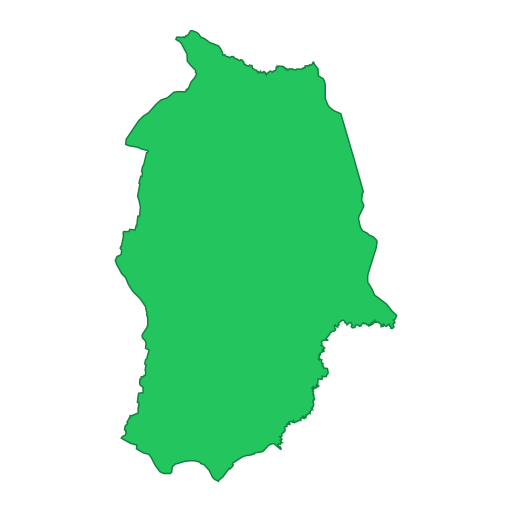 Sikhoraphum, Surin, Thailand (Natural Earth projection)
{"feature_id": "78962969B98513612105596", "entity_name": "Sikhoraphum", "entity_type": "district", "adm_level": 2, "iso_a3": "THA", "parent_name": "Thailand", "parent_adm1": "Surin", "projection": "natural_earth1", "projection_center": [103.804, 14.951], "detail": "fine", "context": "isolated", "style": "filled", "palette": "green", "viewbox_px": 512, "rotation_deg": 0, "n_neighbors": 0, "source": "geoboundaries", "source_scale": "gbopen_adm2", "svg_char_len": 6007}
<svg xmlns="http://www.w3.org/2000/svg" viewBox="0 0 512 512"><path d="M126.2,139.3L125.7,144.5L129.4,145.8L136.8,147.0L142.6,149.3L148.1,150.6L147.5,152.7L146.6,152.7L144.0,163.7L142.2,167.8L141.6,171.6L142.5,172.8L141.9,176.6L140.7,176.3L139.2,182.1L139.1,183.5L139.9,183.9L137.6,196.3L138.9,199.9L140.4,206.7L139.6,215.9L137.8,216.2L136.8,225.6L136.2,225.5L135.1,229.9L129.7,229.4L129.0,231.5L123.5,231.6L123.0,233.9L123.6,234.4L123.2,237.6L121.4,246.4L120.8,246.4L120.2,248.2L121.6,250.2L121.3,253.9L120.3,255.1L117.0,256.6L115.3,260.5L117.0,265.0L121.7,273.6L125.6,277.6L128.3,284.2L131.1,288.9L133.5,292.1L140.1,298.6L145.4,306.3L146.4,311.4L146.9,312.3L146.7,315.2L147.6,317.1L147.8,324.9L146.5,328.3L142.9,333.5L142.1,335.6L142.5,338.0L145.1,340.5L146.1,343.4L145.5,348.3L149.1,349.9L146.6,359.1L145.7,359.6L144.9,362.7L144.9,364.3L146.0,364.8L145.1,370.4L145.6,371.3L145.5,375.2L143.9,375.6L143.6,376.9L141.3,376.7L140.8,379.0L139.9,379.2L139.6,382.7L140.1,385.1L142.9,387.0L143.1,390.9L143.0,392.7L138.8,393.2L138.2,395.2L137.4,402.4L139.2,403.1L138.0,408.6L138.3,412.9L131.3,415.9L130.2,415.5L129.8,418.0L129.3,417.8L129.0,419.0L127.7,420.7L127.0,422.5L127.6,423.0L127.1,424.3L125.3,425.7L124.8,427.9L124.5,429.7L126.1,430.9L125.6,431.8L126.2,432.5L125.5,435.0L122.4,436.5L121.3,438.2L130.5,443.3L137.0,445.2L136.4,448.8L143.4,452.9L148.9,454.3L151.2,457.5L155.2,465.3L160.0,471.8L163.8,473.5L170.2,473.5L171.6,472.2L172.3,467.0L174.8,464.3L184.3,461.5L190.0,460.7L195.1,460.8L199.2,462.0L200.5,462.7L200.6,463.5L204.2,464.7L209.2,470.4L212.9,477.8L215.0,479.6L218.5,481.3L219.2,479.9L222.7,477.1L229.1,468.4L229.9,469.0L232.7,466.2L233.2,464.7L232.4,464.3L232.7,463.2L242.4,456.8L246.0,455.6L251.9,454.8L252.7,453.8L254.2,454.1L254.7,453.1L256.5,452.6L261.9,451.8L263.6,450.8L268.7,445.2L272.4,443.6L274.3,443.9L280.4,449.1L281.1,449.0L280.4,447.0L278.6,446.3L278.1,444.3L278.5,443.9L280.5,444.3L280.7,442.9L282.0,442.7L281.1,442.1L281.2,441.5L280.1,440.3L281.9,439.6L281.9,439.1L279.7,436.6L281.8,436.3L281.9,433.5L283.8,432.5L284.1,431.2L285.1,430.8L284.7,427.2L285.7,426.5L286.9,426.5L287.0,423.9L289.8,424.5L289.8,423.3L288.7,423.2L288.5,422.3L290.9,421.3L292.8,422.3L293.5,420.8L293.9,422.4L294.5,422.7L299.4,420.3L300.7,420.5L301.1,417.8L302.4,417.9L302.9,416.3L303.5,416.8L303.7,418.3L304.4,418.5L305.0,417.0L305.6,417.5L305.6,416.9L306.1,416.8L306.1,414.8L307.4,414.8L309.3,412.7L310.0,413.5L310.3,411.0L311.9,409.6L312.6,409.7L311.7,408.2L312.5,407.8L313.7,405.0L313.0,400.4L314.2,400.0L314.7,399.1L313.4,396.0L314.0,395.1L313.1,394.6L313.6,391.6L312.5,390.8L313.1,389.7L312.1,388.7L312.2,387.6L312.9,386.9L313.0,388.2L313.8,389.0L314.3,387.5L315.7,388.1L316.6,387.3L316.1,385.6L316.5,385.0L317.2,386.9L318.6,386.5L318.8,386.0L317.6,385.3L318.1,378.9L322.0,379.4L322.3,376.2L323.4,376.7L326.4,376.5L326.9,374.6L328.2,373.1L327.4,368.5L323.8,368.1L323.5,366.3L322.4,365.7L323.1,363.7L321.8,363.1L321.4,361.5L321.8,359.8L320.0,359.3L319.3,360.1L318.5,359.4L319.9,358.8L318.9,357.7L319.4,356.4L319.0,354.9L320.4,354.8L320.2,353.1L322.1,352.2L322.7,351.1L323.9,351.5L323.9,350.6L322.7,350.6L322.3,349.9L323.6,349.6L323.4,348.5L324.6,348.1L322.7,346.0L321.0,345.6L322.0,344.3L321.4,341.5L324.0,340.1L327.6,340.3L327.6,339.8L326.1,339.1L326.0,338.5L328.8,335.4L330.2,333.0L331.8,331.6L334.3,331.0L335.6,329.7L335.7,329.0L334.9,328.6L334.4,325.6L335.4,325.0L336.4,326.7L337.8,327.0L337.9,325.5L339.1,324.7L338.4,324.0L338.5,323.1L342.5,320.0L344.7,321.2L345.0,322.7L346.1,322.9L347.0,324.9L349.4,322.7L350.9,322.6L351.4,324.3L352.3,324.8L351.2,326.6L352.2,327.8L354.6,327.5L355.4,326.6L355.5,325.3L356.9,324.7L358.6,325.4L359.3,326.3L361.0,325.9L361.9,323.9L363.4,322.7L364.1,323.8L365.9,323.4L367.1,325.0L369.7,324.6L368.6,325.5L368.9,326.0L371.2,324.9L371.3,324.4L370.5,324.1L371.8,322.6L371.9,324.2L372.6,324.2L374.1,322.5L373.8,321.4L374.8,320.3L375.4,322.3L376.2,322.5L377.2,321.6L382.0,325.1L381.0,325.8L381.1,326.7L383.1,326.3L383.3,324.5L383.8,324.1L384.7,325.6L386.1,326.4L388.9,324.3L389.6,324.3L389.6,326.1L390.7,326.8L390.7,328.1L391.6,328.5L392.7,328.2L394.0,326.9L393.0,323.8L394.9,322.8L394.5,321.2L393.3,320.0L395.4,318.9L396.7,315.4L392.5,311.6L386.5,304.1L374.4,294.9L372.2,289.4L367.7,282.1L367.7,276.1L368.3,273.0L376.1,248.2L377.1,241.6L376.2,239.8L373.2,236.8L369.3,235.1L367.1,233.1L362.5,230.8L360.3,226.9L358.5,218.6L359.1,216.0L363.7,206.5L363.6,204.9L361.6,200.3L362.2,195.4L362.0,194.1L363.4,191.9L353.9,158.4L340.8,113.7L333.7,110.6L329.5,107.3L327.6,104.5L325.2,98.5L325.3,85.3L324.7,82.2L323.4,78.9L318.4,75.8L318.0,68.9L314.4,64.3L313.7,62.2L312.8,62.5L312.9,63.2L311.2,65.0L309.5,64.9L308.8,66.0L308.1,65.6L305.0,66.0L304.9,68.0L303.1,67.9L303.1,68.6L299.5,69.4L299.2,69.0L296.7,69.1L296.1,69.9L293.0,69.5L292.2,68.7L291.5,69.1L289.3,68.7L287.9,70.2L287.7,69.5L286.6,68.8L285.9,69.3L285.9,68.3L285.0,68.2L283.7,66.8L283.2,67.1L282.9,66.4L278.7,66.1L277.7,66.7L277.3,66.3L277.3,67.2L276.3,67.1L275.9,70.0L275.2,70.7L273.4,71.1L273.4,71.7L272.5,72.1L270.3,71.0L267.1,73.5L266.3,74.8L265.7,72.9L264.8,72.8L264.8,72.1L263.9,71.5L262.5,72.9L262.1,72.3L260.9,72.5L260.4,71.3L259.5,72.7L258.7,72.2L258.2,72.6L258.2,71.7L257.3,71.6L256.9,70.4L255.3,70.0L252.6,68.4L251.9,65.5L250.8,65.7L249.7,65.0L248.6,66.3L246.1,65.4L245.5,64.4L244.5,64.5L243.8,63.8L244.0,62.6L242.1,60.0L240.5,59.8L239.8,60.6L239.0,60.5L237.3,59.2L234.3,58.1L233.3,56.5L230.9,56.8L229.5,57.7L228.2,56.8L226.3,56.6L224.9,54.8L222.6,54.9L222.6,52.9L220.5,48.5L218.3,45.8L209.7,42.5L204.6,38.7L200.9,37.2L198.5,33.8L196.7,32.4L192.7,30.8L190.6,30.7L188.3,34.5L186.9,35.8L185.6,35.9L184.8,37.5L184.0,37.5L183.7,37.0L181.2,37.4L177.2,37.0L176.5,37.5L175.9,39.5L179.9,41.8L181.6,43.9L187.0,54.1L187.3,61.0L190.0,64.6L195.5,70.3L195.6,72.6L196.6,73.3L196.2,75.1L193.9,78.7L190.9,82.2L188.4,88.6L188.0,88.6L187.4,89.9L186.4,89.4L185.5,91.8L177.6,91.6L173.8,92.3L167.4,97.8L160.9,100.0L156.2,104.2L148.7,112.6L143.3,116.1L138.6,120.8L126.2,139.3Z" fill="#22c55e" stroke="#15803d" stroke-width="1.5"/></svg>